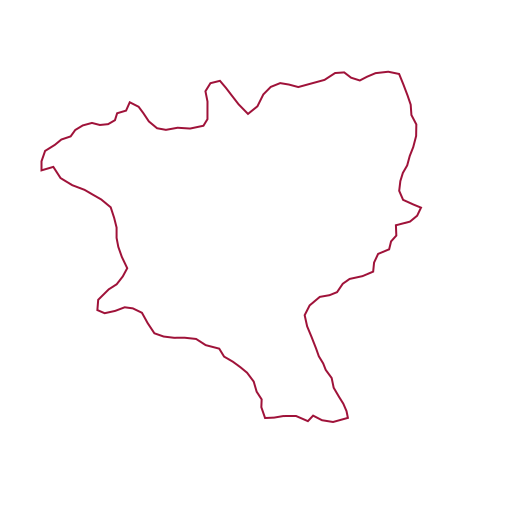 the district of Arroio do Padre, Rio Grande do Sul, Brazil, rotated 256°
{"feature_id": "56859067B75145798088973", "entity_name": "Arroio do Padre", "entity_type": "district", "adm_level": 2, "iso_a3": "BRA", "parent_name": "Brazil", "parent_adm1": "Rio Grande do Sul", "projection": "mercator", "projection_center": [-52.399, -31.438], "detail": "fine", "context": "isolated", "style": "outline", "palette": "rose", "viewbox_px": 512, "rotation_deg": 256, "n_neighbors": 0, "source": "geoboundaries", "source_scale": "gbopen_adm2", "svg_char_len": 1835}
<svg xmlns="http://www.w3.org/2000/svg" viewBox="0 0 512 512"><g transform="rotate(256 256 256)"><path d="M263.0,427.8L268.0,421.0L274.9,412.3L284.6,410.7L293.8,414.2L301.1,418.6L307.3,424.6L315.9,429.4L323.6,434.9L333.7,440.4L344.9,443.4L355.2,440.9L365.4,442.7L375.0,441.9L386.8,440.5L398.0,438.9L402.8,428.9L404.5,416.2L403.1,407.2L401.2,399.2L406.0,391.4L412.8,386.0L414.4,377.0L410.3,365.1L410.0,351.0L409.7,337.9L414.4,329.4L417.9,321.3L416.5,311.2L411.0,302.2L400.9,293.6L395.8,282.6L407.4,275.8L418.3,271.0L426.4,267.5L434.7,263.4L434.7,253.6L428.1,246.8L417.6,246.3L407.7,243.8L400.5,242.0L395.1,236.5L395.6,222.9L399.4,211.0L400.2,199.1L403.9,190.9L412.5,184.6L422.0,181.2L429.2,178.2L435.7,170.7L428.5,165.1L428.1,155.8L421.9,152.0L419.7,144.4L420.9,136.2L424.8,129.0L424.6,119.5L422.0,111.1L416.9,105.1L416.1,95.3L412.5,87.7L409.0,76.8L399.8,70.8L391.0,68.6L391.5,80.9L378.9,85.2L369.2,94.8L361.7,105.6L355.1,112.4L348.3,119.5L338.4,126.8L327.2,127.6L317.3,127.6L307.3,125.1L298.2,124.6L287.6,125.6L275.3,128.1L268.4,121.8L262.3,114.0L259.3,105.1L251.7,92.3L241.9,89.0L237.1,95.3L236.8,106.1L238.0,116.2L235.0,123.8L228.5,131.6L217.2,134.6L205.6,138.7L200.2,146.9L196.5,156.6L194.0,166.9L190.0,177.8L181.7,185.6L175.0,197.9L166.1,200.7L159.0,208.0L151.8,214.0L144.9,219.1L134.7,223.4L124.2,223.8L115.5,226.8L108.0,224.6L96.6,225.6L94.8,234.5L94.1,243.8L91.1,256.1L83.2,266.4L87.3,272.8L80.7,280.3L76.3,290.6L76.7,306.0L83.6,306.3L91.5,305.0L99.2,302.5L109.4,299.5L119.3,299.9L128.6,296.1L135.5,295.2L143.5,292.7L151.8,291.9L164.1,290.3L175.4,288.6L186.8,288.9L195.1,296.1L200.9,308.0L200.2,317.8L201.3,325.9L208.1,333.5L211.1,341.3L210.7,354.4L212.5,365.9L221.1,369.0L228.5,375.0L230.3,386.8L237.5,390.6L241.9,397.1L252.0,399.2L252.1,413.7L256.1,422.1L263.0,427.8Z" fill="none" stroke="#9f1239" stroke-width="2"/></g></svg>